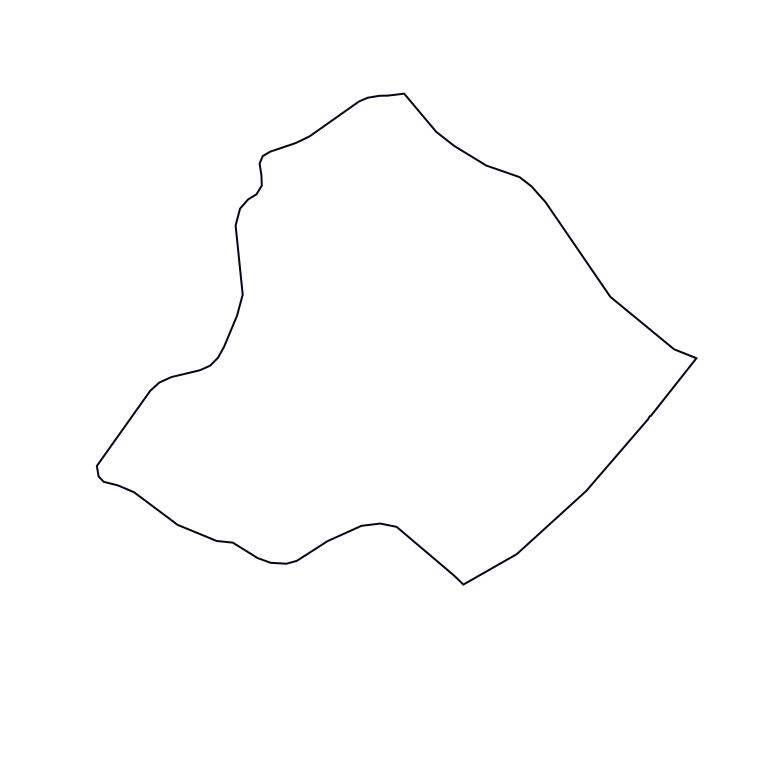 the Province of Madaba, rotated 217°
{"feature_id": "JOR-858", "entity_name": "Madaba", "entity_type": "Province", "adm_level": 1, "iso_a3": "JOR", "parent_name": "Jordan", "parent_adm1": "", "projection": "orthographic", "projection_center": [35.711, 31.597], "detail": "fine", "context": "isolated", "style": "outline", "palette": "ink", "viewbox_px": 768, "rotation_deg": 217, "n_neighbors": 0, "source": "natural_earth", "source_scale": "10m", "svg_char_len": 898}
<svg xmlns="http://www.w3.org/2000/svg" viewBox="0 0 768 768"><g transform="rotate(217 384 384)"><path d="M150.0,592.6L151.7,518.5L151.2,518.1L151.9,518.6L152.3,518.2L152.2,517.0L151.9,514.9L158.1,420.4L175.6,327.9L199.9,271.6L213.2,273.2L287.9,277.5L303.0,270.3L316.7,257.1L334.5,224.6L347.2,190.3L353.8,181.7L366.9,173.0L380.3,168.9L409.3,166.3L423.2,157.9L464.0,147.3L518.7,147.1L535.4,142.9L549.0,137.2L556.2,138.4L564.0,145.7L566.6,238.0L564.3,250.0L557.9,261.7L539.3,284.2L533.9,294.0L532.4,305.0L534.1,317.4L542.5,350.2L550.6,370.3L597.9,421.3L604.5,437.4L603.6,449.6L600.0,458.8L601.0,468.9L607.4,476.8L616.0,485.2L618.0,493.0L614.7,501.1L599.7,523.0L592.5,536.9L574.0,594.6L569.2,602.9L561.0,611.5L554.4,616.7L542.6,628.0L494.0,616.8L471.0,616.4L433.8,620.0L400.2,630.8L385.2,630.6L364.6,626.5L255.6,589.8L173.2,586.3L150.0,592.6Z" fill="none" stroke="#020617" stroke-width="2"/></g></svg>